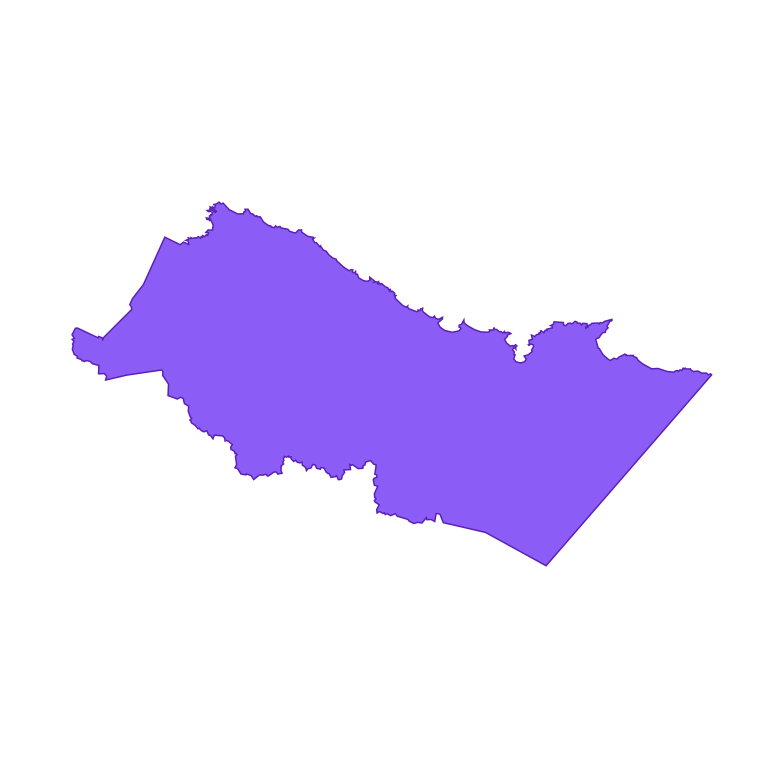 outline of Bega Valley, New South Wales, Australia, rotated 285°
{"feature_id": "25037944B16891547173569", "entity_name": "Bega Valley", "entity_type": "district", "adm_level": 2, "iso_a3": "AUS", "parent_name": "Australia", "parent_adm1": "New South Wales", "projection": "natural_earth1", "projection_center": [149.95, -36.816], "detail": "fine", "context": "isolated", "style": "filled", "palette": "violet", "viewbox_px": 768, "rotation_deg": 285, "n_neighbors": 0, "source": "geoboundaries", "source_scale": "gbopen_adm2", "svg_char_len": 6149}
<svg xmlns="http://www.w3.org/2000/svg" viewBox="0 0 768 768"><g transform="rotate(285 384 384)"><path d="M477.6,698.1L478.3,696.7L476.8,694.9L478.0,692.6L476.7,687.8L477.8,683.9L476.2,679.8L476.7,677.2L477.9,676.1L476.7,671.9L477.3,670.8L476.1,669.8L476.7,668.9L474.2,668.3L474.3,666.3L472.5,665.2L473.0,664.2L472.2,662.3L470.4,660.8L469.4,654.5L469.9,644.5L467.9,638.6L470.6,627.9L472.9,623.0L474.9,621.1L475.0,618.1L476.1,617.6L474.2,610.4L474.9,610.4L475.2,609.0L470.8,604.0L468.3,602.6L468.4,599.4L465.4,596.6L465.8,594.4L468.9,588.0L474.1,582.7L473.9,581.7L481.5,577.2L483.0,577.4L484.0,579.5L490.0,581.7L491.1,584.3L493.9,584.4L496.2,585.9L497.5,584.5L502.8,585.8L504.2,587.8L505.4,587.4L501.6,580.9L499.4,579.0L499.2,576.8L497.7,576.2L498.3,574.9L496.5,569.2L494.2,567.6L493.4,565.8L491.9,566.3L490.3,564.4L491.2,564.1L491.9,565.5L494.9,564.4L494.0,560.1L492.1,559.5L493.5,557.7L492.8,554.8L493.7,554.5L494.0,552.3L490.7,550.1L491.1,548.3L490.1,546.0L487.5,544.6L487.3,542.5L489.8,541.3L488.1,532.2L486.0,532.3L483.5,529.9L483.5,531.3L481.8,532.1L479.1,527.1L477.9,527.5L477.7,525.9L475.0,525.1L476.1,521.9L475.8,521.5L474.2,521.7L473.3,520.4L472.4,521.2L471.2,518.6L468.9,517.4L469.4,513.8L465.5,515.8L463.7,512.7L460.0,514.2L459.4,513.3L458.9,514.0L460.6,515.6L460.6,518.0L458.6,518.8L455.1,517.7L453.8,518.8L449.7,515.9L447.3,512.1L444.7,515.1L441.7,513.9L439.7,510.3L439.6,505.7L441.9,502.8L446.1,503.1L446.3,501.8L448.6,501.6L450.4,499.3L453.1,500.4L452.0,502.2L453.2,501.6L455.1,502.5L456.0,501.0L454.4,499.6L453.6,500.1L454.4,498.3L453.3,496.1L455.3,491.8L458.3,488.9L461.9,490.9L463.3,490.6L465.5,493.5L466.0,492.4L466.0,490.1L464.6,487.8L466.0,486.8L464.1,485.5L464.9,483.1L464.3,482.0L465.8,478.8L465.5,476.3L467.2,475.8L464.3,475.4L463.5,471.8L462.3,472.5L461.0,471.4L459.4,464.2L459.9,457.4L462.0,449.3L464.0,445.4L466.5,444.6L461.7,443.4L460.2,441.3L458.3,441.9L458.2,443.4L457.1,443.9L454.6,442.5L451.6,436.5L451.4,428.9L453.3,423.7L456.9,420.1L461.9,423.6L463.6,423.3L460.5,419.8L460.7,417.2L462.6,415.0L460.7,414.1L460.7,410.3L464.0,402.8L465.8,401.7L468.0,401.9L466.2,401.5L466.2,400.1L464.3,399.6L464.3,397.7L463.0,398.0L462.3,396.7L463.1,388.8L464.1,386.9L465.4,386.7L463.9,385.8L464.6,381.9L469.4,373.1L471.2,371.9L472.5,372.7L472.6,370.9L474.3,370.9L475.8,368.2L475.1,367.0L476.5,365.9L475.6,365.2L476.9,365.2L476.4,364.1L478.0,362.7L478.1,360.5L480.4,355.5L479.4,354.8L480.2,353.8L479.3,352.9L481.1,352.3L479.7,351.7L480.9,350.9L479.7,347.9L480.8,348.6L483.4,342.6L480.4,343.4L478.8,341.1L478.5,337.5L480.0,332.0L483.1,329.9L482.8,328.3L485.3,327.4L484.0,326.9L483.6,325.4L484.0,324.5L486.1,324.4L486.0,322.7L484.4,321.1L486.3,315.0L490.7,306.5L492.1,305.6L492.5,301.7L494.5,297.2L497.2,294.0L497.9,290.2L500.1,288.0L499.9,286.9L501.0,286.8L500.3,286.1L503.0,282.1L502.6,280.4L505.3,277.8L506.7,278.6L506.1,277.4L507.3,277.6L506.9,272.0L509.4,265.2L511.5,264.5L510.6,261.5L507.4,259.8L506.8,258.1L507.1,253.1L508.6,251.3L508.1,244.3L509.3,242.7L507.7,240.4L508.7,238.4L506.6,237.6L506.5,234.4L507.3,234.0L507.3,230.9L509.3,225.7L513.5,221.1L512.6,218.5L513.6,217.7L512.7,216.1L514.3,213.2L514.1,211.2L517.6,207.4L516.8,204.5L515.2,205.6L513.9,204.1L512.0,204.1L510.4,198.7L512.3,189.4L517.1,181.7L515.6,180.1L517.0,177.6L514.5,175.5L513.0,172.5L513.6,174.8L510.3,174.9L509.9,174.0L510.8,172.8L509.9,172.7L510.0,171.0L509.1,172.3L509.2,170.4L508.3,170.4L507.3,171.9L505.8,168.2L505.0,169.7L505.8,171.8L508.5,174.8L507.5,177.3L506.1,176.7L506.8,175.4L505.0,173.5L503.7,174.1L502.6,172.9L502.1,173.6L501.1,171.9L499.0,172.9L498.4,169.4L497.1,170.4L497.8,173.4L496.1,173.1L498.0,173.9L493.4,177.9L488.1,178.4L487.3,174.3L484.3,172.7L484.6,175.4L481.9,175.2L482.3,173.8L479.8,172.3L480.4,170.4L478.9,170.5L479.1,169.3L477.4,169.1L478.3,166.5L476.1,164.8L476.4,163.8L475.0,161.0L475.5,159.6L474.3,159.3L474.5,157.1L473.3,157.7L471.6,155.6L471.6,157.7L468.2,159.3L469.2,153.7L465.8,151.1L469.1,134.3L417.9,125.9L401.4,119.0L394.9,117.9L393.0,120.1L390.7,121.0L356.6,101.3L354.1,100.8L355.6,99.9L356.1,96.1L354.6,95.8L358.7,73.4L358.0,71.5L350.8,69.9L347.8,73.2L346.4,71.2L344.7,73.6L342.0,72.8L340.4,73.9L337.0,73.9L332.5,77.1L331.4,80.7L329.7,80.8L329.3,85.5L328.2,86.3L328.7,87.6L328.1,88.6L329.7,90.9L329.7,94.5L328.1,97.1L328.1,103.8L320.0,105.6L321.6,111.1L320.0,114.0L315.8,114.1L325.9,133.0L340.1,165.8L338.7,167.3L335.1,167.9L328.1,175.9L316.9,178.4L316.0,188.3L318.5,190.7L318.0,193.8L313.4,196.3L312.0,201.1L307.0,202.0L302.1,205.3L301.4,207.1L298.9,205.9L298.3,207.4L296.8,207.7L295.1,212.5L292.6,216.0L293.4,217.0L291.7,219.6L291.2,222.5L293.0,224.9L289.4,227.8L289.3,229.8L286.8,233.0L290.7,233.3L292.1,241.6L290.6,244.1L287.8,245.3L288.7,246.5L288.4,248.7L286.2,253.2L283.4,252.2L281.2,253.2L280.4,256.7L278.1,258.4L278.7,259.2L277.8,260.4L275.8,259.2L268.0,262.5L264.5,261.7L264.5,264.3L260.0,269.2L260.5,274.2L261.6,274.4L261.1,279.4L258.0,282.9L263.9,287.2L264.7,290.8L266.4,293.4L264.9,295.2L265.2,296.0L270.6,300.7L271.1,302.9L269.5,304.7L271.4,308.6L273.8,306.9L278.2,305.9L280.8,307.7L282.2,306.4L284.1,307.1L285.6,306.3L288.3,306.6L288.1,308.8L289.7,310.6L288.7,311.1L289.6,313.2L287.8,313.5L285.8,316.9L287.4,318.3L285.9,320.7L286.1,323.4L287.2,325.0L284.6,326.1L283.1,329.9L280.2,331.5L282.5,332.5L284.0,335.2L287.8,336.0L287.9,338.6L285.1,340.8L285.2,344.5L287.1,344.8L287.2,348.1L284.2,350.6L283.0,353.1L283.3,354.2L280.2,356.9L281.9,361.1L283.1,362.0L279.9,364.5L280.0,365.7L281.3,367.6L284.6,367.4L288.4,368.8L290.5,367.4L292.7,373.8L297.4,371.8L297.1,373.7L297.9,374.6L295.6,380.9L297.1,385.4L299.6,385.0L301.0,386.6L303.7,386.3L306.5,390.7L303.9,394.9L303.8,397.4L294.4,398.5L294.3,400.5L292.0,401.3L290.5,398.9L288.8,398.4L283.7,400.9L283.7,404.4L275.6,403.1L272.1,404.3L271.2,406.0L268.8,404.9L267.7,405.8L266.1,410.6L260.9,409.4L257.6,410.7L259.7,412.8L258.7,416.4L259.7,417.7L258.2,419.0L259.5,420.4L258.6,424.5L261.7,428.6L259.7,431.0L259.4,442.0L257.9,444.0L257.0,449.0L259.0,452.1L259.6,456.7L265.9,459.5L264.0,460.5L265.3,464.5L264.3,468.6L272.4,467.9L272.8,470.7L272.4,472.0L265.4,477.2L266.9,520.4L250.4,587.6L477.6,698.1Z" fill="#8b5cf6" stroke="#5b21b6" stroke-width="1.5"/></g></svg>